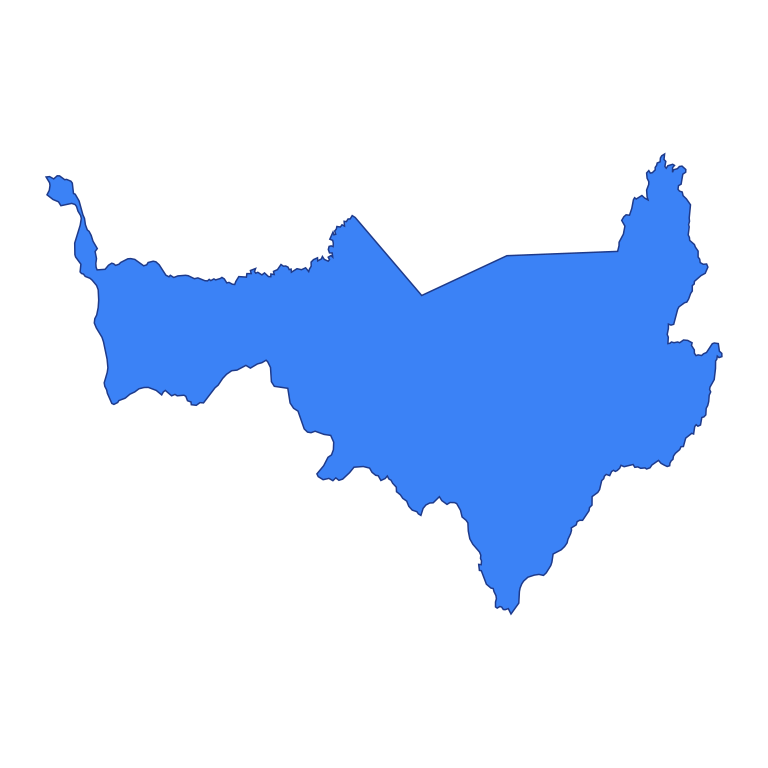 Alvorada D'Oeste, Rondônia, Brazil (Equal Earth projection)
{"feature_id": "56859067B19178771138394", "entity_name": "Alvorada D'Oeste", "entity_type": "district", "adm_level": 2, "iso_a3": "BRA", "parent_name": "Brazil", "parent_adm1": "Rondônia", "projection": "equal_earth", "projection_center": [-62.615, -11.332], "detail": "fine", "context": "isolated", "style": "filled", "palette": "blue", "viewbox_px": 768, "rotation_deg": 0, "n_neighbors": 0, "source": "geoboundaries", "source_scale": "gbopen_adm2", "svg_char_len": 6075}
<svg xmlns="http://www.w3.org/2000/svg" viewBox="0 0 768 768"><path d="M721.8,353.4L719.4,351.2L718.3,343.6L714.3,343.0L712.3,343.7L706.5,352.5L703.5,353.8L701.6,355.5L698.1,354.9L696.0,355.6L694.4,353.2L694.3,349.9L691.5,345.5L692.1,342.8L687.7,340.4L683.5,340.0L679.7,342.7L677.6,342.0L674.0,342.7L671.4,342.0L669.9,343.3L667.9,343.6L668.3,337.2L667.2,334.5L668.4,328.3L668.4,324.1L671.0,325.1L673.7,324.3L677.7,309.2L679.0,306.8L684.6,302.7L686.8,302.1L688.6,299.1L690.6,293.5L692.3,291.0L692.3,285.6L694.2,284.0L694.4,281.4L701.0,275.6L705.2,273.3L707.9,267.1L706.6,264.0L703.3,264.3L700.2,262.6L699.7,259.2L698.1,257.0L698.1,251.1L695.3,247.0L694.4,244.5L689.7,240.4L689.4,237.4L688.2,234.9L689.2,226.9L688.6,224.7L689.5,221.3L689.2,218.0L690.5,204.8L686.4,198.9L683.1,195.7L682.2,192.0L679.5,191.1L678.0,189.3L678.5,185.6L681.1,184.2L682.8,174.2L685.7,172.2L685.8,169.5L682.0,166.1L679.4,166.5L677.4,168.7L673.7,169.7L672.5,172.3L672.6,167.6L674.5,165.4L672.7,164.3L667.9,165.7L666.2,168.2L664.9,166.5L665.8,161.4L664.0,159.5L664.6,154.0L661.7,155.8L660.4,158.0L660.1,161.8L657.2,163.0L656.6,165.4L655.2,167.4L655.2,169.9L652.3,172.7L650.3,173.1L648.8,170.6L646.6,173.0L647.1,178.2L648.8,181.7L648.7,184.5L646.6,190.1L647.1,196.8L648.0,199.9L644.6,198.0L641.9,195.5L636.2,199.0L634.6,197.7L633.4,199.8L631.8,208.4L629.5,215.2L626.1,214.8L623.9,216.7L621.7,220.4L624.9,226.1L623.4,234.1L619.1,242.2L619.0,245.8L617.6,251.4L506.9,255.7L421.7,295.5L355.2,217.5L352.2,215.6L350.2,218.9L348.0,219.0L346.4,221.6L344.1,221.3L344.5,226.1L342.0,224.8L340.4,227.0L336.9,226.5L336.3,229.1L334.7,231.0L335.7,234.3L333.9,234.8L333.0,232.1L329.8,239.2L332.7,240.4L333.3,243.2L333.1,246.6L331.2,245.9L329.1,246.4L328.3,249.5L329.5,252.9L332.2,253.0L332.7,257.1L331.0,255.5L328.2,257.2L329.5,259.6L328.2,261.2L324.3,259.4L322.4,256.5L321.4,258.9L317.7,260.9L317.5,257.8L313.5,259.6L311.1,262.1L311.2,266.2L309.5,269.0L308.7,271.6L305.6,267.8L301.5,269.7L297.0,268.7L291.4,272.2L291.1,269.1L289.2,269.6L288.0,267.1L285.7,266.0L283.4,266.2L281.0,264.5L277.5,269.6L273.5,271.4L274.2,274.5L270.9,274.0L270.8,276.7L268.5,276.6L264.5,272.9L261.9,274.9L257.8,272.3L255.8,273.2L254.5,271.5L255.6,268.5L250.4,270.5L251.2,273.6L246.9,273.6L246.4,277.1L238.8,276.6L235.8,281.5L234.7,284.5L232.3,284.2L229.0,282.4L226.8,282.9L224.3,278.9L221.9,277.4L220.3,278.5L215.6,279.9L213.9,278.9L210.8,280.6L209.2,279.4L207.5,280.9L204.9,280.7L197.9,277.9L194.4,278.7L188.2,275.7L185.5,275.3L177.9,275.9L173.8,277.5L170.3,275.3L169.0,276.8L165.9,275.2L159.2,264.8L155.9,261.8L153.2,261.2L148.1,262.5L146.7,264.8L143.7,265.8L134.8,259.4L130.7,258.6L127.8,258.8L120.6,262.5L119.0,264.2L115.6,265.4L113.7,263.8L111.7,263.2L108.5,265.2L105.1,269.3L97.1,269.9L96.1,267.2L95.8,263.4L96.5,258.6L95.1,251.5L97.3,248.6L93.0,241.2L91.2,235.4L89.1,231.4L87.3,229.9L85.4,224.7L84.5,218.4L82.9,214.8L79.1,201.0L75.2,194.2L73.5,193.5L72.3,183.1L70.9,181.2L66.6,179.4L64.7,179.7L59.6,175.9L57.2,175.8L53.7,178.9L49.6,176.6L46.1,177.0L49.6,182.8L50.0,185.5L49.3,190.3L47.0,194.8L53.0,199.5L58.5,201.8L60.9,205.7L71.7,203.4L75.0,204.5L76.5,206.4L78.0,211.2L80.6,215.5L81.3,218.4L80.2,225.2L74.7,243.1L74.9,254.6L75.6,257.0L80.9,264.2L80.1,271.9L81.5,273.5L83.5,274.1L85.2,276.4L90.0,278.3L92.2,280.2L96.6,285.5L98.2,289.8L98.7,300.2L98.2,307.6L96.7,315.0L94.8,318.7L94.3,323.0L96.3,327.9L102.0,337.3L103.5,341.9L107.1,359.2L107.9,367.8L107.2,372.5L104.2,382.8L104.8,386.3L106.6,389.8L107.4,393.4L111.8,403.4L113.9,404.4L117.7,402.5L118.8,400.6L125.3,398.1L129.9,394.2L134.8,391.9L138.9,388.8L144.0,387.5L148.3,387.4L156.2,390.4L161.7,394.9L163.3,392.0L165.3,390.4L171.6,395.8L175.0,394.4L177.2,395.8L183.9,395.2L185.8,396.3L187.5,400.7L191.0,402.0L191.3,404.7L196.3,405.3L200.0,402.6L203.5,402.9L215.0,387.8L218.1,385.2L222.6,378.5L226.5,374.3L231.7,370.7L237.0,370.1L245.9,365.4L250.4,368.1L257.5,363.9L261.9,362.7L266.1,360.2L267.7,361.8L270.5,367.5L271.4,381.7L274.3,386.3L287.8,388.3L290.1,403.0L293.6,408.3L298.0,411.1L304.2,428.9L307.5,432.1L311.0,432.7L315.1,431.2L324.0,434.4L330.7,435.4L333.7,442.2L333.4,449.7L331.5,454.9L328.0,457.3L323.7,465.7L316.9,473.9L318.2,476.6L323.1,479.7L328.9,478.4L332.9,480.7L335.8,477.9L338.9,480.3L342.7,479.1L349.6,472.6L354.0,467.2L363.3,466.5L369.6,468.1L372.0,472.3L375.7,475.3L378.2,475.7L380.9,480.5L385.2,478.5L387.3,476.0L388.9,479.0L391.0,480.2L392.7,483.3L396.3,487.2L396.5,491.7L400.4,494.8L402.8,498.4L406.7,501.1L408.8,506.3L412.2,510.1L416.9,511.7L418.4,513.9L420.9,515.4L423.1,508.4L425.9,505.0L429.7,503.0L433.2,502.8L439.4,496.7L441.8,500.6L447.0,504.4L450.0,502.5L454.5,502.6L456.7,503.6L460.5,510.3L462.1,517.0L466.1,520.3L467.9,522.9L468.3,531.1L469.8,538.8L472.8,544.2L479.5,552.0L480.8,555.2L480.5,558.5L481.5,560.8L481.2,564.7L478.7,564.4L479.4,570.4L481.3,570.7L486.4,584.2L491.0,588.1L493.2,588.5L494.0,591.6L496.0,595.7L496.4,598.8L495.5,602.0L495.5,606.9L497.2,608.1L499.9,606.5L501.7,607.1L503.3,609.5L505.1,609.7L508.3,608.6L511.0,614.0L518.8,603.1L519.4,591.6L520.1,588.0L521.8,583.8L523.7,581.0L527.9,577.2L534.3,575.1L539.0,574.4L543.5,575.4L546.2,572.9L550.8,565.5L551.9,562.1L553.1,554.0L561.2,549.8L564.6,546.5L567.1,542.9L567.9,539.4L570.6,533.6L571.5,530.3L571.3,527.9L576.2,524.9L577.1,521.7L579.6,520.3L582.6,520.3L589.0,510.8L589.5,507.6L592.0,505.1L592.1,496.6L597.8,492.4L599.6,489.5L601.7,480.6L603.7,478.7L604.4,476.2L606.2,474.4L609.7,475.6L611.6,471.5L613.6,470.3L615.3,471.4L617.2,470.5L619.6,468.3L621.0,465.3L624.1,466.7L633.1,464.5L634.8,467.3L637.8,466.9L640.7,468.3L645.0,467.9L646.6,469.0L650.0,467.8L651.9,465.0L658.5,460.4L661.0,463.3L664.4,465.2L667.2,466.5L669.7,465.7L669.9,463.3L671.2,460.8L672.9,459.4L673.5,456.0L675.4,453.3L679.7,449.6L681.0,446.7L683.4,446.5L685.7,438.1L691.8,433.3L693.6,434.0L694.7,426.6L696.2,424.7L697.9,426.2L700.5,425.0L701.8,417.5L703.9,416.9L705.8,414.9L706.2,408.3L707.7,405.6L708.7,401.6L709.2,395.2L710.7,391.9L709.6,389.5L710.0,387.1L714.2,379.6L715.5,368.4L715.6,360.9L716.8,359.3L717.3,356.1L719.0,357.6L721.9,356.6L721.8,353.4Z" fill="#3b82f6" stroke="#1e3a8a" stroke-width="1.5"/></svg>